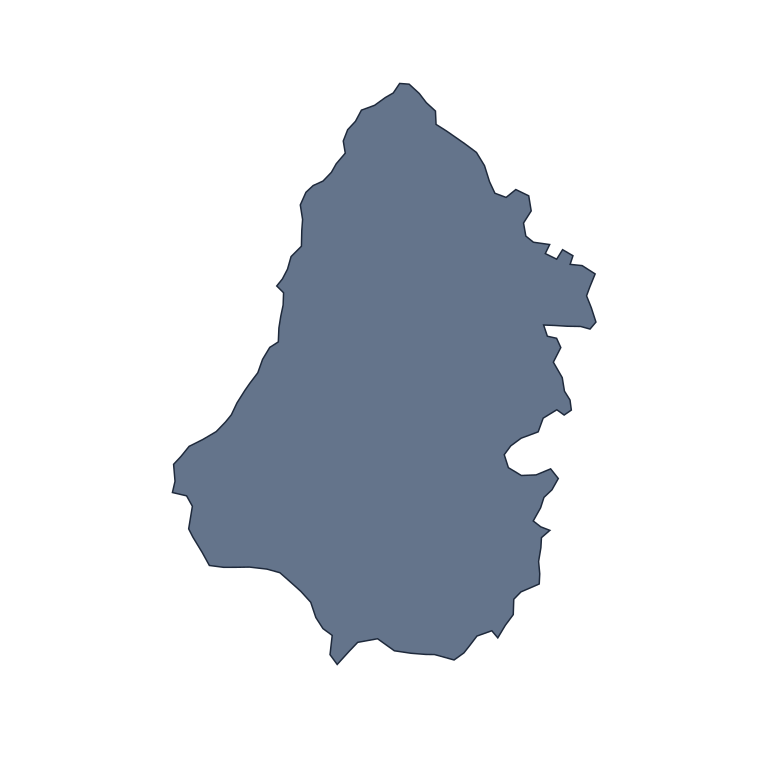 Capela do Alto, São Paulo, Brazil, rotated 164°
{"feature_id": "56859067B13342023452969", "entity_name": "Capela do Alto", "entity_type": "district", "adm_level": 2, "iso_a3": "BRA", "parent_name": "Brazil", "parent_adm1": "São Paulo", "projection": "mercator", "projection_center": [-47.738, -23.473], "detail": "fine", "context": "isolated", "style": "filled", "palette": "slate", "viewbox_px": 768, "rotation_deg": 164, "n_neighbors": 0, "source": "geoboundaries", "source_scale": "gbopen_adm2", "svg_char_len": 1910}
<svg xmlns="http://www.w3.org/2000/svg" viewBox="0 0 768 768"><g transform="rotate(164 384 384)"><path d="M231.3,581.1L240.2,592.8L254.3,610.1L262.4,619.2L259.3,632.2L265.8,642.8L270.0,653.5L277.2,665.3L286.1,668.6L294.9,661.2L303.8,659.0L316.2,654.5L330.2,653.5L339.0,644.4L348.8,638.5L356.2,628.8L357.6,616.6L369.2,608.9L376.2,602.0L386.7,595.9L397.4,594.3L406.2,589.8L415.1,579.2L416.9,564.6L420.7,554.3L425.4,539.2L438.2,532.1L445.1,521.0L452.7,513.0L460.1,507.8L455.4,499.4L459.2,487.7L464.6,477.5L469.6,466.8L474.0,453.6L483.7,450.7L493.9,441.2L502.2,429.6L512.5,421.9L519.5,416.2L530.5,406.4L539.2,396.5L546.8,391.2L558.4,384.5L573.5,380.6L588.5,377.8L599.2,370.3L608.4,364.8L611.7,348.1L617.3,338.0L604.6,330.9L601.9,319.3L611.7,298.6L609.9,289.4L605.2,272.2L601.9,257.7L588.5,251.9L576.8,248.6L563.8,245.1L547.7,238.4L536.1,231.3L527.8,218.3L521.1,207.6L514.6,194.4L513.9,178.3L510.1,165.7L503.1,156.6L510.5,138.7L506.3,127.3L490.6,137.0L480.5,142.9L460.4,140.9L447.6,124.7L432.2,117.7L418.3,112.5L410.0,110.0L392.7,99.4L381.3,103.5L374.2,108.6L364.1,116.1L348.4,117.1L344.6,108.6L333.9,118.6L323.3,126.7L318.6,141.3L309.7,146.4L289.9,149.0L286.6,158.6L284.3,170.8L278.3,183.4L275.0,192.9L264.9,197.6L272.7,203.5L278.3,211.2L267.6,221.8L261.5,230.9L251.7,236.0L242.5,245.1L247.2,256.5L262.9,254.7L277.2,258.2L287.5,269.3L287.9,282.9L279.2,289.6L267.1,294.1L249.0,295.5L240.4,307.3L225.0,311.6L219.4,304.5L211.1,307.3L209.6,317.3L212.5,327.4L210.9,341.0L215.2,358.3L204.0,370.3L205.5,380.4L213.8,384.9L214.3,396.7L203.7,393.2L191.9,389.0L179.1,385.1L170.8,380.0L163.2,385.1L163.7,400.1L165.0,412.9L159.6,420.3L150.7,431.6L160.9,443.2L172.1,447.7L167.0,455.2L175.3,463.9L183.6,456.4L193.0,464.9L186.3,472.4L201.3,479.1L206.9,487.1L205.5,500.3L194.8,509.8L193.0,525.0L203.7,534.6L215.2,529.7L224.8,536.8L226.8,549.4L227.2,566.2L231.3,581.1Z" fill="#64748b" stroke="#1e293b" stroke-width="1.5"/></g></svg>